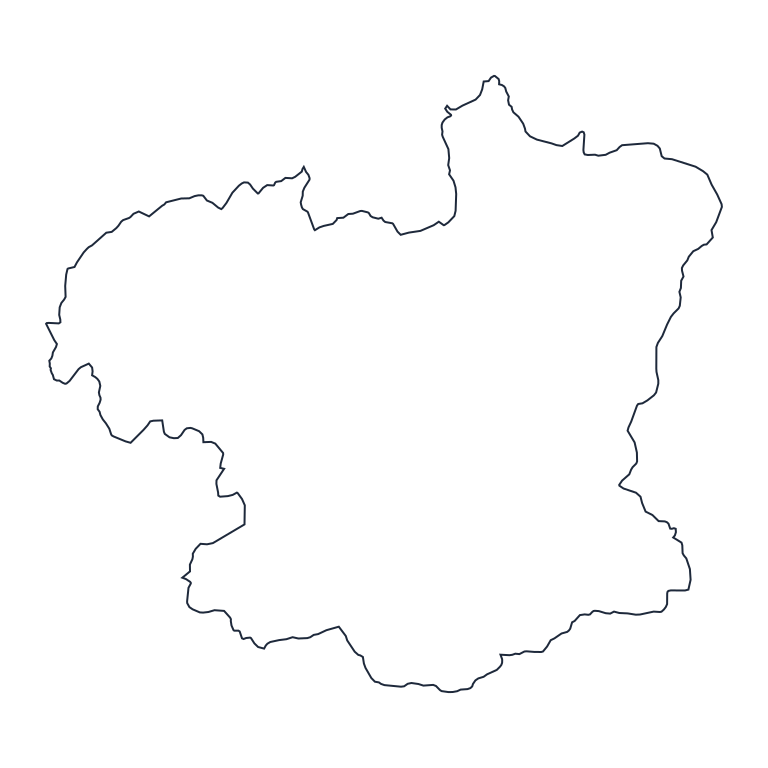 the district of Ba Be, Bắc Kạn, Vietnam
{"feature_id": "81297802B36883846114124", "entity_name": "Ba Be", "entity_type": "district", "adm_level": 2, "iso_a3": "VNM", "parent_name": "Vietnam", "parent_adm1": "Bắc Kạn", "projection": "robinson", "projection_center": [105.701, 22.41], "detail": "fine", "context": "isolated", "style": "outline", "palette": "slate", "viewbox_px": 768, "rotation_deg": 0, "n_neighbors": 0, "source": "geoboundaries", "source_scale": "gbopen_adm2", "svg_char_len": 6055}
<svg xmlns="http://www.w3.org/2000/svg" viewBox="0 0 768 768"><path d="M721.6,204.2L717.2,194.5L711.6,184.6L707.3,174.6L703.1,171.2L695.6,166.7L672.0,159.2L664.5,158.5L661.7,156.2L659.8,148.5L657.5,145.8L653.7,143.7L647.9,143.2L622.1,145.2L619.6,147.0L616.7,150.2L609.6,152.7L605.7,154.8L598.3,155.7L595.0,154.7L587.8,155.0L584.7,154.4L583.7,152.4L583.4,150.0L584.4,134.6L583.7,132.3L582.1,131.6L579.7,132.6L578.0,135.7L574.3,138.5L562.3,146.0L556.4,145.1L551.6,143.4L536.9,139.6L530.0,136.3L525.5,131.5L525.0,128.7L523.2,123.7L518.5,116.7L513.4,112.3L512.1,109.5L511.6,106.8L509.0,104.7L508.1,100.3L508.8,96.5L506.2,91.5L505.3,88.0L504.1,86.4L501.9,85.0L499.1,84.3L499.2,81.1L498.6,79.0L494.9,76.0L494.0,75.9L491.0,77.6L488.6,81.1L483.7,81.5L482.2,89.3L480.0,95.0L475.6,99.6L462.5,105.6L455.9,109.5L450.5,109.4L447.1,105.8L445.2,108.6L447.3,111.8L451.0,114.8L451.1,115.5L450.1,116.4L447.5,117.3L444.7,119.5L442.5,122.5L441.7,125.0L441.7,127.8L442.5,131.4L442.1,134.7L442.7,136.7L448.4,149.1L449.2,158.1L448.2,165.1L450.0,170.4L449.1,174.3L453.5,180.7L455.5,187.3L456.2,194.0L455.6,210.8L454.3,216.1L448.3,222.4L444.4,225.1L443.7,225.2L438.8,221.7L433.7,225.2L420.4,230.9L408.9,232.6L400.7,234.8L397.5,231.6L393.1,223.9L392.4,223.3L385.2,222.0L383.5,220.6L381.6,217.7L378.3,218.7L372.7,217.3L370.6,216.0L368.9,213.1L367.9,212.4L361.9,210.9L360.3,211.0L352.9,213.7L348.3,214.0L343.4,217.7L337.2,218.1L336.6,220.0L332.8,223.9L323.8,225.9L319.4,227.4L314.9,230.2L314.2,229.4L308.0,212.5L307.5,211.7L302.9,209.1L301.9,207.4L301.1,204.6L300.7,202.3L302.7,195.7L302.8,191.6L304.4,187.7L309.5,179.7L309.6,178.2L308.4,174.8L306.1,172.0L303.8,166.9L302.5,169.0L301.8,171.6L295.2,176.8L292.1,178.3L285.4,177.9L281.2,181.1L276.2,181.8L275.2,182.6L274.0,185.2L273.3,185.5L267.2,185.1L263.1,187.8L258.5,193.4L257.8,193.5L252.9,188.6L250.1,184.5L247.9,182.6L244.0,182.4L241.7,183.5L238.9,185.7L232.4,192.7L226.4,203.0L222.6,208.0L221.3,209.1L218.2,207.6L212.4,202.8L206.9,200.5L203.3,195.8L201.7,195.3L198.5,195.3L194.6,196.1L189.3,198.3L181.2,198.5L166.1,202.3L164.3,204.5L162.2,205.7L149.1,216.4L138.8,211.5L133.5,213.8L130.4,217.1L129.0,218.0L123.1,220.1L121.2,221.7L118.4,225.8L116.3,228.1L111.7,231.9L106.3,232.7L92.0,245.4L88.7,247.2L86.9,248.9L83.7,252.4L77.0,262.3L74.5,267.0L68.1,268.5L67.5,269.0L66.2,274.6L65.2,285.9L65.6,296.9L64.1,299.6L61.4,302.9L59.7,307.3L59.2,314.9L60.3,319.6L60.4,322.3L58.8,323.4L48.6,322.9L46.7,323.1L46.1,323.8L54.3,340.2L56.9,344.0L56.0,347.0L52.9,352.4L52.4,355.7L51.3,358.5L49.3,360.7L49.8,363.5L49.7,366.5L50.9,368.3L50.6,369.9L51.8,373.3L52.8,374.9L54.0,379.2L56.7,380.5L59.3,380.5L62.7,382.8L65.1,383.8L66.5,383.5L69.6,380.9L78.6,369.1L80.9,367.2L88.8,363.6L92.1,367.5L92.6,371.3L92.1,375.3L95.3,377.1L97.4,378.9L99.3,381.5L100.3,385.9L98.9,392.4L99.4,395.2L100.5,397.7L100.6,399.7L99.6,402.9L97.8,406.4L97.7,409.2L99.6,411.8L100.4,415.0L102.8,419.4L105.9,423.3L109.3,428.7L111.2,434.5L111.9,435.5L113.7,436.5L125.6,441.4L130.6,442.8L143.5,429.9L147.5,425.4L150.2,421.4L153.5,420.7L162.2,420.4L163.9,431.7L164.8,433.9L169.5,437.3L173.9,438.2L177.8,438.0L181.0,435.2L184.6,429.9L186.8,428.3L190.4,427.9L192.2,428.3L199.1,431.2L202.4,434.4L203.2,437.8L203.4,442.2L211.1,441.9L215.3,443.6L223.1,453.0L223.2,454.5L220.7,463.6L220.2,467.9L224.1,468.8L216.5,480.3L216.4,483.9L218.1,492.5L218.3,495.6L220.1,496.7L227.9,496.1L232.7,494.9L236.9,492.6L237.7,493.1L242.0,499.0L244.8,505.3L244.5,524.4L212.9,543.1L207.0,544.3L200.5,543.8L195.7,548.8L192.8,553.7L192.9,556.6L192.4,559.2L189.9,564.6L190.0,571.4L182.3,577.7L185.8,579.0L190.1,581.8L190.8,582.8L190.8,583.5L188.5,587.8L187.1,601.4L187.2,603.1L189.4,607.1L192.6,609.3L199.8,612.4L203.1,612.6L208.4,612.0L214.5,610.2L224.1,610.9L230.1,617.6L230.9,619.2L230.8,621.0L231.5,625.5L233.5,630.1L234.3,630.7L238.5,630.7L239.7,631.5L242.0,638.3L243.6,639.0L246.2,638.0L250.1,637.6L251.0,638.1L254.4,643.4L258.1,647.0L264.1,648.6L265.8,645.5L267.4,643.7L270.3,642.0L279.1,640.1L286.4,639.2L292.6,637.2L298.4,638.5L307.3,638.1L310.3,637.2L313.7,634.9L318.1,634.1L326.4,630.2L338.8,626.7L345.8,636.0L347.2,640.4L354.7,651.7L358.3,654.9L360.3,655.4L362.9,657.0L363.9,663.5L365.5,667.9L371.3,678.0L374.9,681.7L378.9,682.4L381.0,683.9L384.4,685.1L401.0,686.7L404.1,686.3L407.7,683.8L411.4,683.0L418.4,684.0L423.4,685.6L433.2,684.9L436.0,686.0L440.0,690.1L441.6,691.1L448.6,692.1L452.8,692.0L457.2,691.2L460.6,689.6L467.5,689.1L470.4,688.1L472.2,686.4L473.0,683.9L475.4,680.4L478.3,678.4L483.6,676.8L487.1,674.3L496.8,669.9L500.0,666.7L501.3,665.0L502.1,662.8L502.2,660.5L502.1,659.1L500.5,654.7L509.4,655.2L512.3,654.8L515.3,653.7L519.4,654.1L524.4,651.5L526.5,651.3L533.9,651.9L541.2,652.0L543.0,651.5L547.1,646.5L550.7,640.2L554.4,638.4L561.5,633.5L567.2,631.9L568.9,630.5L570.2,628.7L572.1,622.3L574.6,621.0L579.9,615.1L584.7,614.4L588.3,614.8L590.0,614.4L592.1,612.1L593.5,611.0L594.9,610.8L598.8,611.1L605.7,613.2L610.2,613.6L614.0,611.6L619.3,613.0L627.7,613.4L635.8,614.7L640.1,614.5L653.7,611.6L659.9,612.0L661.5,611.7L663.9,609.5L665.8,607.0L667.1,604.1L667.2,593.4L667.5,591.9L668.4,590.9L670.8,590.4L684.9,590.5L688.4,589.6L690.6,579.8L689.9,569.1L686.3,558.4L683.8,555.4L682.6,553.2L682.3,545.3L681.5,542.6L673.2,537.5L674.9,535.4L675.9,532.2L675.7,528.8L673.9,528.2L671.8,528.8L670.2,528.6L668.5,523.7L666.9,522.2L664.8,521.4L658.6,521.1L652.4,515.0L645.6,511.6L642.1,503.0L640.5,496.7L636.0,492.7L623.5,488.5L619.4,485.7L619.2,484.9L622.1,480.6L629.3,474.3L631.1,469.7L632.6,467.2L636.3,463.5L637.1,461.4L636.9,452.6L634.6,442.4L627.6,430.7L628.5,427.4L631.2,421.6L637.0,405.6L638.2,404.0L642.5,403.3L647.4,400.4L653.9,395.3L656.1,392.5L658.3,383.7L658.3,380.1L656.5,371.9L656.3,368.7L656.4,347.0L657.9,342.9L662.3,336.1L667.1,324.5L670.9,316.9L673.6,313.4L678.6,308.4L679.8,305.8L680.7,297.4L679.4,291.8L680.9,288.0L681.2,280.7L683.5,276.5L682.0,270.6L681.9,268.0L683.2,265.4L687.3,260.4L688.8,256.7L693.3,251.2L698.2,248.9L701.8,245.9L703.9,244.7L706.6,244.4L712.8,237.5L711.5,230.1L716.2,222.2L721.9,206.9L721.6,204.2Z" fill="none" stroke="#1e293b" stroke-width="2"/></svg>